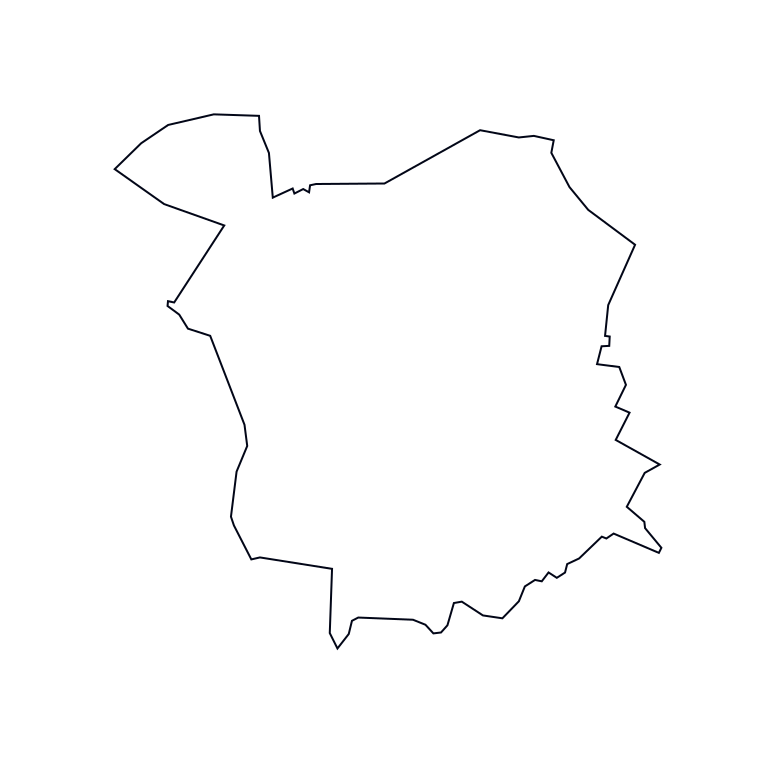 outline of Dundrum Lea-7, Dún Laoghaire–Rathdown, Ireland, rotated 189°
{"feature_id": "5873133B72160674948779", "entity_name": "Dundrum Lea-7", "entity_type": "district", "adm_level": 2, "iso_a3": "IRL", "parent_name": "Ireland", "parent_adm1": "Dún Laoghaire–Rathdown", "projection": "orthographic", "projection_center": [-6.254, 53.292], "detail": "fine", "context": "isolated", "style": "outline", "palette": "ink", "viewbox_px": 768, "rotation_deg": 189, "n_neighbors": 0, "source": "geoboundaries", "source_scale": "gbopen_adm2", "svg_char_len": 1183}
<svg xmlns="http://www.w3.org/2000/svg" viewBox="0 0 768 768"><g transform="rotate(189 384 384)"><path d="M177.6,571.2L209.5,587.9L231.6,607.5L254.9,638.5L254.5,651.3L274.8,652.5L289.4,648.6L328.8,649.7L414.9,582.1L482.4,570.9L488.1,568.7L488.0,561.6L494.3,563.9L502.3,558.1L504.8,562.8L523.0,550.7L533.8,594.2L546.1,614.5L549.4,629.3L594.3,623.7L637.7,606.1L661.5,583.8L683.6,554.1L629.3,527.3L566.6,515.6L604.0,431.7L610.3,432.0L610.0,427.2L597.1,420.5L586.3,408.0L563.2,404.4L515.4,321.9L509.4,301.4L515.9,274.4L514.4,229.0L510.1,220.8L487.6,190.0L479.4,193.3L406.4,193.3L398.6,129.5L388.6,115.5L379.7,131.6L378.6,145.1L372.9,149.3L318.5,155.7L305.4,152.7L296.2,145.4L288.8,147.5L283.6,155.6L280.7,178.6L273.1,181.2L250.1,170.9L230.4,171.1L216.8,190.5L213.2,206.1L204.2,214.1L197.3,213.8L192.0,223.6L183.0,219.6L175.7,226.1L174.9,234.8L164.0,242.2L145.0,267.3L140.2,266.2L133.8,272.2L86.1,260.2L84.4,265.6L103.6,282.5L105.3,288.6L125.0,300.7L112.6,337.0L99.1,347.6L146.4,365.0L137.0,394.1L152.0,397.9L144.9,421.0L154.3,437.6L176.7,436.9L175.0,455.3L167.5,456.9L168.5,466.2L173.2,466.1L174.9,497.0L157.8,560.8L177.6,571.2Z" fill="none" stroke="#020617" stroke-width="2"/></g></svg>